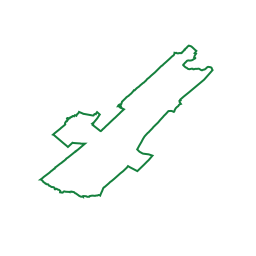 the district of Braesti, Botosani, Romania, rotated 156°
{"feature_id": "2599482B30071805057841", "entity_name": "Braesti", "entity_type": "district", "adm_level": 2, "iso_a3": "ROU", "parent_name": "Romania", "parent_adm1": "Botosani", "projection": "natural_earth1", "projection_center": [26.468, 47.861], "detail": "fine", "context": "isolated", "style": "outline", "palette": "green", "viewbox_px": 256, "rotation_deg": 156, "n_neighbors": 0, "source": "geoboundaries", "source_scale": "gbopen_adm2", "svg_char_len": 5671}
<svg xmlns="http://www.w3.org/2000/svg" viewBox="0 0 256 256"><g transform="rotate(156 128 128)"><path d="M199.1,152.3L198.9,152.4L196.9,148.2L194.3,142.8L193.2,140.5L191.4,136.9L190.6,135.1L184.7,137.1L184.4,136.8L183.2,136.1L178.7,133.7L178.0,133.4L177.5,132.9L175.7,132.1L173.7,131.2L182.8,128.5L184.5,128.2L185.1,128.1L185.0,127.9L186.2,127.6L187.2,127.5L188.9,127.0L194.7,125.5L197.0,125.1L197.4,124.7L197.6,124.6L198.3,124.5L199.3,124.1L200.0,124.0L200.3,124.0L200.7,123.7L201.5,123.7L202.8,123.2L204.3,123.0L209.1,121.8L210.4,121.6L210.5,121.3L211.7,120.9L211.8,120.7L212.3,120.8L213.8,120.3L214.4,120.2L214.8,120.0L215.7,119.9L217.7,119.2L218.5,119.0L218.9,118.9L223.8,117.8L225.1,117.5L226.5,117.0L228.8,116.5L228.6,116.4L228.2,115.9L227.4,114.1L227.3,113.1L227.1,112.7L226.6,112.2L226.3,111.6L226.2,111.1L226.1,110.9L225.7,110.7L225.5,110.0L225.2,109.7L224.0,109.1L223.8,108.8L223.8,108.5L223.7,108.3L223.7,107.7L223.5,107.3L222.9,106.8L222.7,106.5L221.9,105.3L221.6,105.0L220.5,104.5L220.1,104.1L219.7,103.7L219.5,103.2L219.8,101.8L219.6,101.6L219.3,101.6L218.9,101.7L217.9,101.5L217.3,100.4L216.3,99.7L216.0,99.3L215.9,98.9L215.5,98.1L215.5,97.9L215.9,97.3L215.6,97.3L215.6,97.1L215.8,96.7L215.4,96.3L214.8,96.0L214.2,95.6L213.7,95.6L212.9,96.0L212.5,96.1L212.1,96.0L211.6,95.8L211.3,95.4L210.8,95.1L207.7,93.5L207.5,93.3L207.4,93.2L207.3,93.4L206.9,93.3L205.8,93.0L205.6,92.7L205.2,92.7L204.7,92.2L204.4,92.1L203.3,91.2L203.1,90.6L202.8,89.9L202.0,89.1L201.2,87.6L200.6,86.7L200.2,85.8L198.8,84.3L198.5,84.2L197.6,83.9L197.4,83.8L197.2,83.5L197.1,83.9L197.0,84.0L196.7,84.1L194.2,82.8L193.9,82.6L193.3,81.8L192.9,81.6L191.7,81.1L191.4,81.0L191.2,81.3L190.9,81.4L189.0,81.0L187.8,80.6L186.6,79.9L185.6,79.4L185.0,79.3L184.7,79.3L183.5,78.8L182.0,78.7L181.4,78.3L181.2,78.1L180.9,77.6L180.5,78.0L179.6,78.9L177.7,80.6L177.4,80.8L175.2,83.0L174.6,83.4L173.9,83.6L173.7,83.5L168.1,85.2L166.3,85.9L164.7,86.2L161.5,87.1L157.1,88.5L153.4,89.7L150.1,90.5L145.1,92.3L143.5,93.2L142.4,91.6L137.0,84.8L128.2,88.0L124.1,89.6L122.3,90.2L116.9,92.8L119.8,95.5L124.6,98.4L125.1,98.9L127.1,101.6L127.4,102.3L128.3,104.7L126.3,106.2L125.3,107.0L121.4,109.8L118.9,111.8L116.4,113.5L114.9,114.2L111.9,115.5L111.3,115.6L111.1,115.6L109.8,116.2L105.8,117.8L104.3,118.6L103.1,119.0L101.6,119.6L100.4,120.0L98.2,120.8L95.4,122.2L91.2,124.0L90.5,124.4L88.9,125.0L87.6,125.5L84.2,127.0L82.0,126.2L81.4,125.9L80.8,125.4L79.6,124.1L79.2,124.4L78.9,124.4L78.0,125.4L76.7,126.4L76.0,126.8L75.6,126.9L74.6,127.3L73.4,127.5L73.0,127.7L72.0,128.4L70.7,128.6L69.9,128.5L70.3,130.7L70.0,131.8L68.7,131.8L68.7,132.7L64.5,134.0L58.1,135.7L38.8,141.2L27.2,146.5L27.3,147.5L27.2,149.0L27.3,149.3L28.1,150.1L29.8,151.2L30.0,151.3L30.5,151.3L31.5,151.1L32.4,150.7L34.0,150.3L34.8,150.4L35.5,150.6L36.9,150.6L37.1,150.7L37.5,151.1L38.0,151.7L38.6,152.7L39.0,153.2L39.4,153.5L41.1,154.0L42.5,154.7L43.6,154.8L44.0,154.9L44.5,155.1L44.7,155.4L44.8,155.8L45.5,156.2L46.3,156.4L47.9,156.7L48.4,157.0L49.3,157.8L49.9,159.1L50.7,159.9L51.3,161.2L51.8,162.4L52.0,163.1L51.8,163.3L51.5,163.5L50.7,163.7L49.6,164.3L48.6,164.6L46.7,165.4L45.9,165.3L45.4,165.2L44.7,164.8L44.0,164.4L42.6,164.0L41.9,163.9L41.3,163.9L39.9,164.2L38.9,164.2L38.2,164.4L38.1,164.5L38.2,164.8L38.8,165.7L38.3,166.2L38.1,166.5L37.3,167.2L36.0,168.0L35.6,168.2L35.7,168.4L36.6,169.3L35.7,169.7L34.2,170.6L34.9,172.0L36.2,175.1L36.9,176.6L37.3,177.1L38.9,178.5L39.4,178.3L39.9,178.3L40.1,178.3L40.6,178.1L41.3,177.7L41.6,177.6L42.1,177.3L43.1,177.2L43.3,177.1L43.9,176.5L44.2,176.3L44.3,176.3L44.5,176.5L44.6,176.4L44.8,176.4L45.3,176.1L45.5,176.1L45.9,175.8L46.2,175.6L47.0,175.4L47.3,175.4L47.5,175.2L47.9,174.9L48.1,174.8L48.5,174.9L48.9,174.7L49.4,174.9L49.9,175.3L50.1,175.4L50.7,175.5L51.0,175.7L52.0,175.8L52.8,176.4L53.1,176.6L53.2,176.9L53.5,176.9L54.9,177.8L55.2,177.2L55.6,176.8L56.1,176.3L56.9,175.8L58.5,175.5L60.8,174.7L61.0,174.6L62.5,174.1L64.6,173.4L66.1,172.9L69.6,171.8L70.6,171.4L71.2,171.1L71.6,171.2L72.5,171.0L80.6,167.9L85.9,166.3L87.8,165.6L90.2,165.0L91.1,164.7L92.1,164.1L92.8,163.8L93.4,163.7L94.9,163.1L95.7,163.0L96.3,162.9L97.6,162.5L98.3,162.3L99.2,162.1L101.0,161.4L103.0,161.0L103.9,160.8L106.7,159.7L107.2,160.1L108.4,159.4L111.0,158.2L113.2,157.6L114.5,157.1L115.7,157.0L117.3,156.6L117.6,156.4L117.8,156.3L122.7,154.5L124.4,152.6L124.9,152.7L125.5,152.8L125.9,152.9L127.0,152.8L127.3,152.7L127.6,152.5L128.3,152.0L126.8,151.5L125.6,151.4L125.6,151.1L125.7,150.6L125.8,149.6L126.6,149.6L126.0,148.8L125.9,148.8L125.7,148.9L125.5,148.5L125.2,148.1L124.5,147.2L124.1,146.7L128.4,145.3L129.8,144.7L131.3,144.2L135.7,142.6L136.8,142.3L141.4,140.7L145.2,139.3L146.6,138.9L148.7,138.1L150.2,137.5L151.1,137.3L152.4,136.8L152.5,136.7L154.1,136.2L154.6,136.7L154.8,137.1L155.2,137.9L157.0,141.3L159.1,145.2L158.3,145.7L158.9,146.5L156.9,147.0L152.0,149.4L151.5,149.8L148.3,151.8L149.8,155.1L150.9,154.5L151.8,153.7L152.4,154.2L152.9,154.3L153.5,154.1L153.8,153.8L154.3,153.5L154.7,153.5L154.9,153.6L158.4,156.0L162.5,158.8L163.1,159.1L163.3,159.5L166.2,162.6L166.5,162.3L166.9,162.0L168.2,161.4L168.8,161.3L169.6,160.7L170.2,160.2L170.5,160.6L171.0,161.1L171.2,161.3L172.5,160.6L172.8,160.9L173.2,161.3L173.7,161.4L174.0,161.4L174.3,161.2L174.6,161.2L175.1,160.9L175.4,161.0L175.8,161.2L176.2,161.1L176.8,161.1L177.2,160.6L177.5,160.5L177.8,160.6L178.4,161.2L178.9,161.6L179.2,161.7L179.6,161.7L179.9,161.5L180.0,161.4L179.9,160.6L180.0,160.2L179.7,159.9L181.1,159.0L181.3,159.0L181.6,159.3L182.0,159.2L183.5,158.1L183.8,157.5L183.8,156.9L184.3,156.6L188.6,155.4L188.9,155.4L189.1,155.3L189.5,155.1L190.5,154.8L197.0,153.1L199.2,152.4L199.1,152.3Z" fill="none" stroke="#15803d" stroke-width="2"/></g></svg>